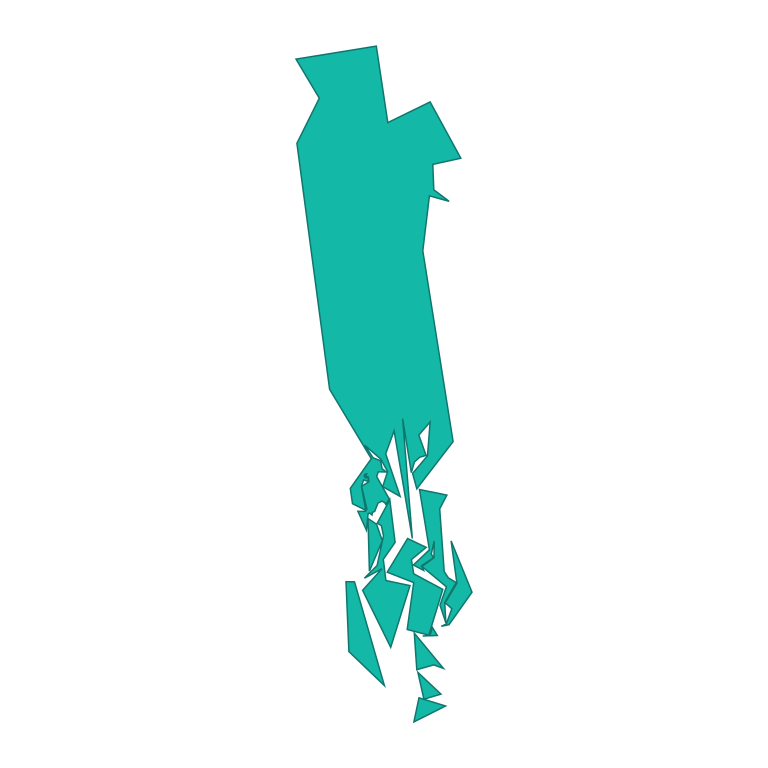 outline of Satkhira, Khulna, Bangladesh
{"feature_id": "16705992B60176987344662", "entity_name": "Satkhira", "entity_type": "district", "adm_level": 2, "iso_a3": "BGD", "parent_name": "Bangladesh", "parent_adm1": "Khulna", "projection": "equal_earth", "projection_center": [89.15, 22.3], "detail": "medium", "context": "isolated", "style": "filled", "palette": "teal", "viewbox_px": 768, "rotation_deg": 0, "n_neighbors": 0, "source": "geoboundaries", "source_scale": "gbopen_adm2", "svg_char_len": 1938}
<svg xmlns="http://www.w3.org/2000/svg" viewBox="0 0 768 768"><path d="M296.0,59.1L319.3,98.2L296.9,143.3L329.6,389.3L371.3,458.7L350.3,488.4L352.5,503.7L365.7,510.3L361.4,486.2L363.6,479.9L368.3,481.5L368.2,477.4L365.3,477.8L364.3,475.8L364.8,474.4L367.4,473.6L364.6,475.7L368.4,477.0L368.7,481.9L361.6,486.3L366.9,509.0L365.5,511.4L357.9,511.3L366.4,530.1L368.1,513.5L369.7,513.0L372.0,515.0L372.5,512.4L374.7,511.4L378.0,503.1L381.8,501.2L384.5,502.4L385.7,504.2L389.3,499.0L376.7,476.7L378.3,471.8L386.3,472.0L382.1,468.7L380.6,460.7L373.2,457.9L364.7,445.2L380.8,459.1L387.6,471.6L382.7,486.6L400.2,496.5L385.7,453.8L394.1,430.9L412.3,538.4L402.6,418.6L411.3,472.6L414.5,461.9L419.8,457.2L426.1,455.4L418.8,435.1L430.1,422.0L427.5,455.8L412.6,473.4L416.8,488.8L453.1,441.6L422.8,250.8L429.4,195.9L449.1,201.3L433.8,189.8L432.8,164.4L460.8,158.2L430.1,101.9L387.8,122.6L376.3,46.1L296.0,59.1ZM395.1,542.4L389.8,499.7L377.3,523.1L381.4,525.7L383.5,535.8L377.1,565.5L364.4,578.2L382.0,568.7L362.6,590.3L390.7,647.3L410.0,585.6L385.9,580.5L383.3,559.3L395.1,542.4ZM407.6,538.5L387.2,572.2L413.7,582.6L407.2,629.5L428.8,635.1L442.8,589.4L413.7,573.8L411.4,559.6L426.2,547.4L407.6,538.5ZM446.9,495.1L419.5,489.5L429.4,549.8L413.4,565.0L423.6,570.4L421.4,565.9L433.5,557.7L431.3,554.0L434.2,541.1L434.0,557.7L422.0,566.5L446.4,586.8L440.0,605.2L445.9,623.0L444.7,602.4L456.2,582.6L448.3,577.8L444.2,571.5L439.7,508.8L446.9,495.1ZM384.4,685.6L354.5,581.8L346.0,581.7L348.9,651.6L384.4,685.6ZM449.0,624.7L472.0,592.2L451.1,540.9L456.9,583.3L445.2,602.8L451.8,608.7L446.3,624.0L441.3,626.3L449.0,624.7ZM414.3,633.2L416.8,669.7L433.8,664.9L443.4,668.4L414.3,633.2ZM440.9,694.1L417.9,672.4L423.9,699.2L440.9,694.1ZM376.6,524.3L368.0,518.5L369.4,571.1L382.3,540.8L376.6,524.3ZM445.5,706.0L419.0,697.8L413.9,721.9L445.5,706.0ZM437.3,635.5L432.5,627.6L429.9,635.4L422.7,636.0L437.3,635.5Z" fill="#14b8a6" stroke="#0f766e" stroke-width="1.5"/></svg>